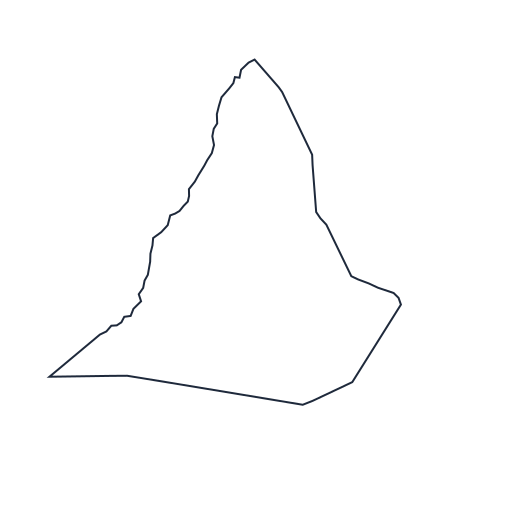 outline of Umarizal, Rio Grande do Norte, Brazil, rotated 200°
{"feature_id": "56859067B79675965708258", "entity_name": "Umarizal", "entity_type": "district", "adm_level": 2, "iso_a3": "BRA", "parent_name": "Brazil", "parent_adm1": "Rio Grande do Norte", "projection": "equal_earth", "projection_center": [-37.803, -6.001], "detail": "fine", "context": "isolated", "style": "outline", "palette": "slate", "viewbox_px": 512, "rotation_deg": 200, "n_neighbors": 0, "source": "geoboundaries", "source_scale": "gbopen_adm2", "svg_char_len": 967}
<svg xmlns="http://www.w3.org/2000/svg" viewBox="0 0 512 512"><g transform="rotate(200 256 256)"><path d="M342.7,393.4L342.2,384.6L341.3,375.9L337.8,367.3L339.2,361.1L338.0,353.6L333.4,345.9L332.7,337.5L334.6,329.5L335.5,323.1L337.8,312.1L338.9,305.0L341.9,295.9L339.4,289.5L338.7,283.8L341.1,278.5L343.3,272.1L346.5,268.2L350.5,264.8L349.5,254.8L353.2,246.0L358.8,237.7L356.9,230.5L356.0,222.1L353.5,214.4L351.2,201.3L352.3,194.8L351.1,187.4L353.1,180.0L348.5,174.1L353.1,164.5L353.3,156.8L359.0,153.8L359.8,147.7L363.1,143.2L368.1,141.0L370.8,133.9L375.8,128.8L408.8,71.9L350.9,93.9L336.1,99.4L297.1,106.8L161.2,132.2L153.2,139.3L122.4,170.4L103.2,259.9L107.7,265.4L114.0,268.3L130.5,267.9L140.8,268.8L152.0,268.9L159.5,269.6L200.6,309.5L208.3,313.4L214.5,317.9L233.9,360.7L237.9,370.4L287.5,419.0L292.5,422.4L324.5,440.1L329.1,435.2L333.7,425.9L332.5,417.9L337.0,416.9L336.4,410.7L338.5,404.3L342.7,393.4Z" fill="none" stroke="#1e293b" stroke-width="2"/></g></svg>